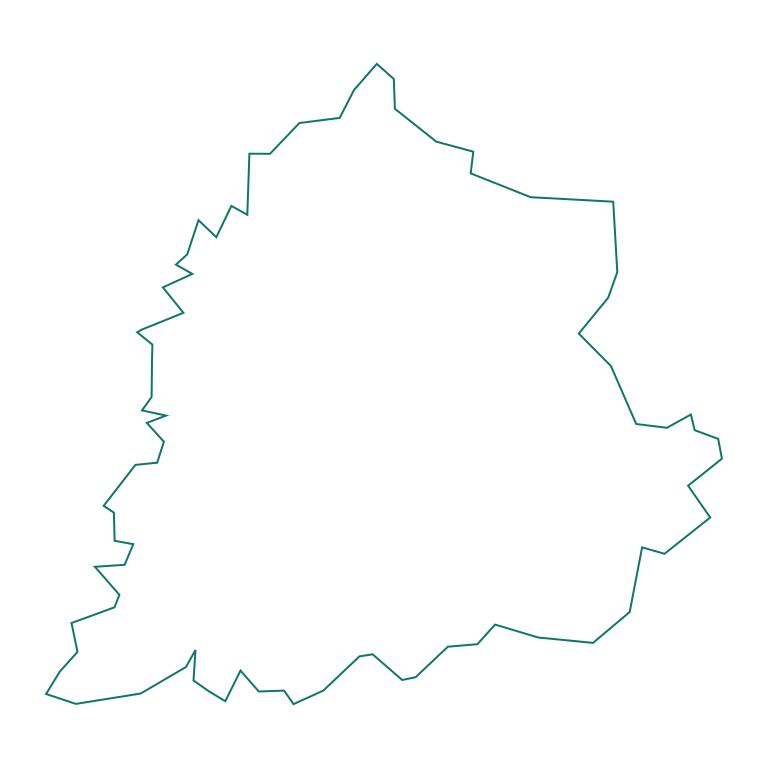 Laurel, Kentucky, United States of America
{"feature_id": "52423323B31259142066888", "entity_name": "Laurel", "entity_type": "district", "adm_level": 2, "iso_a3": "USA", "parent_name": "United States of America", "parent_adm1": "Kentucky", "projection": "robinson", "projection_center": [-84.158, 37.138], "detail": "fine", "context": "isolated", "style": "outline", "palette": "teal", "viewbox_px": 768, "rotation_deg": 0, "n_neighbors": 0, "source": "geoboundaries", "source_scale": "gbopen_adm2", "svg_char_len": 1102}
<svg xmlns="http://www.w3.org/2000/svg" viewBox="0 0 768 768"><path d="M415.6,677.2L447.9,646.7L477.4,644.2L495.1,624.6L538.1,637.5L593.0,642.9L629.7,612.0L642.1,547.4L664.5,553.8L710.2,517.5L688.1,485.7L721.9,458.7L718.2,438.9L694.7,430.2L690.9,414.5L666.9,427.8L636.2,424.0L611.0,366.1L578.8,333.6L608.2,297.7L617.3,272.1L613.2,201.7L530.6,197.2L470.7,173.4L473.3,151.7L436.2,141.6L394.9,108.8L393.8,79.0L376.8,63.9L354.0,90.0L339.7,117.9L299.4,123.0L270.0,153.8L249.4,153.7L247.3,214.8L231.4,205.9L216.3,237.2L198.5,220.2L187.2,254.4L175.9,264.6L192.3,273.9L162.9,287.4L183.4,312.8L141.8,329.6L137.2,332.3L152.4,344.6L152.0,361.2L151.6,397.0L142.0,410.4L166.0,415.6L146.8,422.9L163.9,441.7L157.2,462.7L135.4,464.9L103.7,505.8L113.9,512.7L114.6,540.8L133.3,544.2L124.6,564.8L94.9,566.8L119.4,594.8L114.5,607.3L71.5,623.0L77.5,651.9L59.7,671.7L46.1,694.0L75.9,703.9L140.7,693.5L186.0,667.0L195.5,650.0L193.5,680.5L208.9,691.3L225.3,701.2L240.5,670.6L258.8,691.5L284.1,690.6L293.5,704.1L323.3,690.6L359.4,656.4L372.6,654.3L402.2,680.0L415.6,677.2Z" fill="none" stroke="#0f766e" stroke-width="2"/></svg>